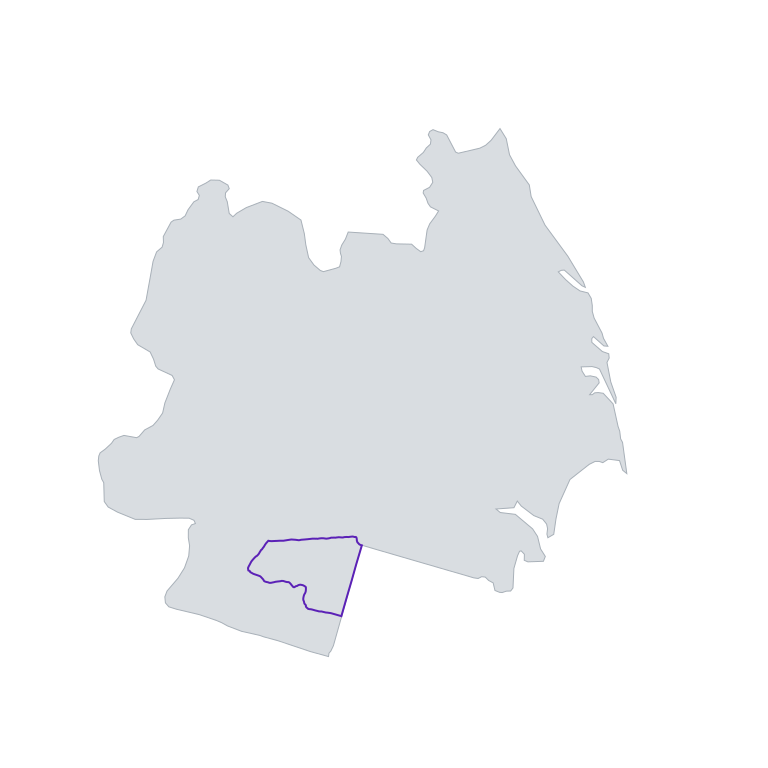 location of Woleu, Wouleu-Ntem, Gabon, rotated 196°
{"feature_id": "22940354B4497534497521", "entity_name": "Woleu", "entity_type": "district", "adm_level": 2, "iso_a3": "GAB", "parent_name": "Gabon", "parent_adm1": "Wouleu-Ntem", "projection": "orthographic", "projection_center": [11.911, 1.389], "detail": "fine", "context": "in_parent", "style": "outline", "palette": "violet", "viewbox_px": 768, "rotation_deg": 196, "n_neighbors": 0, "source": "geoboundaries", "source_scale": "gbopen_adm2", "svg_char_len": 5724}
<svg xmlns="http://www.w3.org/2000/svg" viewBox="0 0 768 768"><g transform="rotate(196 384 384)"><path d="M536.0,119.0L535.5,125.2L528.5,140.5L525.1,152.3L524.3,164.9L526.3,175.0L529.7,182.2L531.9,190.0L530.2,195.5L526.8,197.9L529.1,200.6L534.3,201.3L543.0,198.9L556.5,194.7L574.2,188.6L585.8,185.3L605.0,187.4L615.2,189.7L620.5,193.9L626.2,211.9L629.0,214.7L633.6,222.3L637.5,231.5L638.3,236.2L637.9,239.6L634.0,244.6L629.6,251.9L628.1,256.3L624.4,259.6L619.8,262.9L607.0,264.2L605.0,266.1L601.4,273.9L594.6,280.5L591.6,286.8L588.8,295.1L589.4,305.4L588.0,320.2L586.6,330.3L590.0,333.8L605.3,336.2L608.3,338.2L612.4,344.4L617.6,350.3L631.6,353.9L637.1,358.4L641.5,363.3L642.1,367.3L638.9,383.4L635.8,398.9L637.0,410.7L638.1,421.9L639.8,438.3L639.0,448.3L635.0,454.4L635.0,459.2L636.8,464.9L633.3,480.9L631.1,483.6L624.8,486.5L621.5,490.8L620.4,497.5L617.0,506.7L613.5,510.1L613.5,514.4L616.9,517.5L616.8,522.3L610.6,528.0L606.8,532.3L598.4,534.5L588.9,532.2L586.6,529.1L589.0,524.1L588.2,520.2L584.9,516.0L579.8,505.3L575.3,503.1L572.7,507.5L565.0,515.6L551.2,526.0L541.6,526.9L523.9,523.7L509.0,518.7L502.0,506.5L497.6,496.4L491.3,484.7L484.2,479.1L476.6,475.6L473.2,475.3L462.3,481.9L459.0,484.4L459.1,489.9L460.1,495.0L461.8,497.5L463.2,500.8L462.9,505.9L461.0,512.7L460.3,520.2L426.2,527.6L420.3,524.9L416.0,521.5L410.8,522.1L396.0,526.0L390.6,523.3L385.2,521.3L382.7,523.0L382.5,526.2L385.0,543.9L384.2,550.6L380.9,559.4L379.2,565.4L388.2,567.1L391.5,569.8L394.7,574.3L399.0,578.4L399.3,581.0L394.4,585.6L392.7,591.3L395.0,595.7L401.2,600.4L410.2,605.2L414.6,608.3L414.1,611.2L410.0,617.4L408.4,622.6L405.5,627.3L406.1,631.6L410.1,635.7L409.7,639.3L407.0,642.0L401.4,641.4L396.6,641.8L392.4,640.7L379.1,626.7L376.2,626.3L356.9,637.1L352.1,641.5L348.2,647.8L342.9,661.5L334.1,653.5L326.5,638.9L317.7,629.9L299.2,615.4L294.2,604.7L273.0,581.1L242.5,557.5L220.4,537.0L217.1,532.4L220.8,533.0L242.1,543.2L245.0,542.1L247.4,539.8L238.2,534.4L229.5,530.2L221.2,527.5L213.0,527.8L208.4,523.4L205.4,516.8L203.8,511.2L200.2,505.3L188.5,493.1L185.6,488.4L179.2,482.0L183.1,481.2L195.7,487.3L196.8,484.9L195.7,481.3L183.1,475.4L176.3,475.0L174.7,471.0L175.6,466.2L166.6,448.5L157.2,435.2L155.7,428.9L181.0,457.8L184.4,458.3L188.8,458.1L199.2,454.8L197.2,451.0L192.5,446.8L188.0,448.7L182.0,449.1L178.9,447.4L177.5,444.4L183.4,430.4L180.9,431.1L179.0,433.6L175.7,434.8L170.7,435.5L158.3,428.0L147.3,407.7L144.4,403.6L141.4,396.5L138.6,393.6L125.9,364.8L130.8,366.9L136.5,375.3L147.7,373.6L152.0,368.7L155.8,368.9L159.7,367.8L164.6,363.3L178.9,343.5L182.7,317.3L181.5,301.7L179.4,286.3L184.1,281.4L186.0,284.6L186.9,290.1L189.1,294.2L194.2,297.8L203.7,298.8L218.4,304.5L223.6,308.2L225.0,300.9L241.9,294.7L236.8,292.5L221.8,294.9L201.2,285.7L194.4,279.8L188.0,268.6L181.4,262.7L181.9,257.5L196.7,252.7L200.6,253.2L202.1,259.0L206.1,261.4L207.6,260.6L208.3,255.7L208.3,242.5L203.8,223.5L205.2,219.9L209.3,218.6L212.9,216.1L215.4,215.6L220.4,216.1L222.9,220.5L224.2,222.9L229.3,224.0L233.4,226.3L237.0,225.7L239.9,223.0L244.3,222.4L257.7,222.5L269.9,222.5L294.2,222.6L318.5,222.7L342.8,222.8L361.0,222.9L361.0,212.0L360.9,195.3L360.8,175.6L360.7,156.7L360.6,139.2L360.5,118.5L361.5,112.6L362.7,110.1L362.2,106.7L381.1,106.5L415.1,108.0L429.9,107.8L434.1,108.1L452.7,107.0L467.7,108.3L474.1,109.8L479.9,110.5L497.9,111.4L521.4,110.3L529.4,110.5L533.8,113.4L536.0,119.0Z" fill="#d9dde1" stroke="#a8b0b8" stroke-width="1"/><path d="M361.0,149.1L361.0,152.5L361.0,169.7L360.9,186.1L361.0,202.8L360.8,222.8L361.7,222.8L362.8,222.9L363.6,223.1L364.5,223.7L365.9,224.5L366.4,225.2L366.9,225.9L367.2,226.8L367.5,227.5L367.8,228.2L368.3,228.9L368.6,229.1L369.3,229.1L370.1,228.8L371.2,228.8L372.2,228.7L374.2,227.9L375.9,227.1L378.0,226.6L380.1,225.8L381.1,225.2L382.1,224.9L384.1,224.5L385.4,224.2L386.3,223.8L387.3,223.4L388.3,222.9L389.6,222.6L390.8,222.2L392.5,221.7L393.3,221.1L394.8,220.3L395.9,219.8L396.9,219.4L398.3,219.2L399.8,219.0L401.3,218.6L403.4,217.8L404.6,217.2L405.5,216.8L406.3,216.7L407.2,216.4L408.4,216.1L410.4,215.5L414.5,213.8L417.6,212.6L420.8,211.4L422.0,210.7L423.0,210.3L425.9,209.9L430.2,209.0L433.9,207.3L437.3,205.7L440.4,204.8L443.9,203.6L446.6,202.7L448.9,201.9L449.5,201.8L450.4,201.6L451.8,201.4L452.0,201.4L453.5,198.3L454.1,196.5L454.6,194.5L455.3,192.8L455.7,191.5L456.5,190.3L456.8,189.0L457.2,187.8L457.4,186.6L458.0,185.2L458.3,184.6L458.9,183.6L459.7,182.8L460.7,181.0L461.8,178.7L462.6,176.8L462.9,175.4L463.3,173.4L463.8,171.3L464.0,169.6L463.5,168.4L463.0,167.4L462.4,167.3L461.6,167.2L461.1,166.9L460.7,166.3L459.3,166.0L458.1,165.7L457.2,165.5L455.5,165.4L453.4,165.3L451.5,165.2L449.9,165.0L448.8,164.4L447.5,163.6L446.2,162.8L445.4,162.0L444.8,161.5L443.7,161.3L442.2,161.3L441.3,161.4L440.4,161.4L439.7,161.3L438.8,161.4L437.5,161.9L436.4,162.5L435.4,163.0L433.7,164.0L432.1,164.7L430.4,165.4L429.2,165.9L428.2,166.5L426.5,166.9L424.0,166.8L422.5,166.9L421.5,167.2L420.7,167.2L420.1,167.0L419.4,166.6L418.4,166.0L417.5,165.3L416.4,164.6L415.6,164.0L414.7,163.8L414.3,163.9L413.9,164.2L413.5,164.8L413.0,165.3L411.9,165.9L411.2,166.7L410.4,167.4L409.2,168.0L407.4,168.2L406.3,168.2L404.9,167.9L404.2,167.7L403.3,167.3L403.0,166.9L402.7,165.9L402.4,164.8L402.1,163.2L402.1,162.3L402.2,161.2L402.5,160.2L402.7,159.1L402.7,157.9L402.6,156.5L402.4,155.2L402.0,154.1L401.5,153.5L400.9,152.7L400.5,151.9L400.0,151.0L399.1,150.4L398.6,150.2L398.0,149.5L397.9,149.1L397.7,148.5L397.1,148.0L396.6,147.7L395.8,147.4L395.1,147.1L394.9,146.9L393.1,147.1L392.3,147.3L390.9,147.4L390.0,147.4L387.6,147.4L385.3,147.5L383.7,147.5L382.6,147.8L381.5,148.1L379.1,148.2L377.0,148.3L375.5,148.6L373.4,148.9L371.7,149.1L367.3,149.1L363.3,149.1L361.0,149.1Z" fill="none" stroke="#5b21b6" stroke-width="2"/></g></svg>